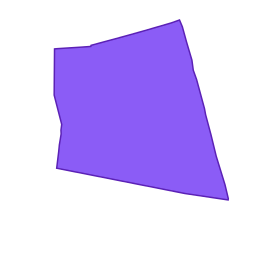 outline of Tichitt, Tagant, Mauritania, rotated 75°
{"feature_id": "47542326B42701553126465", "entity_name": "Tichitt", "entity_type": "district", "adm_level": 2, "iso_a3": "MRT", "parent_name": "Mauritania", "parent_adm1": "Tagant", "projection": "orthographic", "projection_center": [-9.94, 18.515], "detail": "fine", "context": "isolated", "style": "filled", "palette": "violet", "viewbox_px": 256, "rotation_deg": 75, "n_neighbors": 0, "source": "geoboundaries", "source_scale": "gbopen_adm2", "svg_char_len": 545}
<svg xmlns="http://www.w3.org/2000/svg" viewBox="0 0 256 256"><g transform="rotate(75 128 128)"><path d="M32.6,178.5L77.1,190.8L107.4,191.1L112.7,193.3L113.1,193.4L116.4,194.1L122.2,196.7L126.6,198.7L128.5,199.4L133.0,201.1L148.4,207.3L206.0,90.0L223.4,49.9L222.2,49.4L208.1,49.0L178.0,50.1L156.1,49.6L135.2,49.6L129.0,49.1L98.9,49.2L89.1,50.0L79.0,48.7L60.1,49.2L44.3,49.3L37.0,50.3L37.7,59.0L38.3,88.3L38.5,105.2L38.6,142.3L39.6,142.8L37.8,152.2L33.1,175.6L32.7,177.8L32.6,178.5Z" fill="#8b5cf6" stroke="#5b21b6" stroke-width="1.5"/></g></svg>